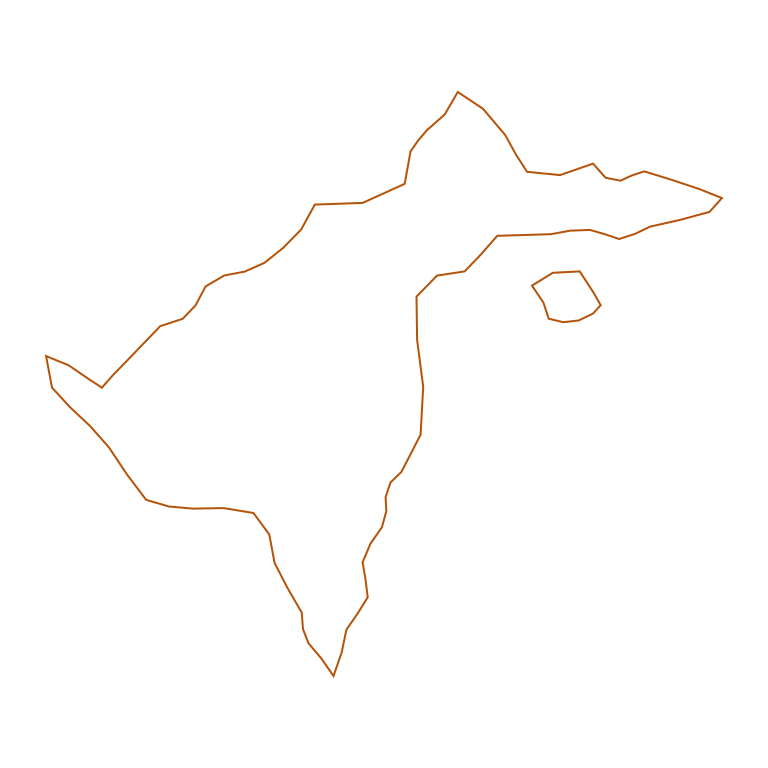 outline of Abşeron
{"feature_id": "AZE-1690", "entity_name": "Abşeron", "entity_type": "District", "adm_level": 1, "iso_a3": "AZE", "parent_name": "Azerbaijan", "parent_adm1": "", "projection": "mercator", "projection_center": [49.385, 40.295], "detail": "fine", "context": "isolated", "style": "outline", "palette": "amber", "viewbox_px": 768, "rotation_deg": 0, "n_neighbors": 0, "source": "natural_earth", "source_scale": "10m", "svg_char_len": 1297}
<svg xmlns="http://www.w3.org/2000/svg" viewBox="0 0 768 768"><path d="M192.7,508.6L168.9,506.5L146.2,499.9L127.3,474.9L108.8,447.2L90.1,426.1L69.8,407.0L52.0,387.6L46.1,356.1L68.5,365.2L89.4,379.5L101.9,387.7L113.5,374.5L127.8,359.9L141.9,345.2L160.3,326.1L182.7,318.8L195.6,305.3L205.6,286.4L224.2,275.5L244.7,271.6L264.5,262.8L283.1,247.9L301.1,229.6L314.8,204.6L362.6,202.9L404.7,183.8L407.6,167.8L410.5,151.5L418.0,140.7L426.7,130.4L444.7,114.5L457.8,92.0L483.0,108.8L505.2,135.0L515.7,154.1L527.0,171.8L560.0,175.1L593.1,163.6L605.5,177.7L620.5,180.7L632.2,175.3L644.3,171.4L671.6,179.8L699.2,189.0L721.9,198.1L709.5,211.9L680.0,219.9L650.2,226.6L634.7,234.0L619.1,239.0L604.8,234.2L589.9,229.9L570.0,230.7L550.6,234.2L497.3,235.8L480.4,255.0L464.6,271.4L437.0,275.6L416.5,296.6L417.1,339.8L423.2,386.9L420.6,434.6L401.5,471.8L390.5,482.5L385.6,497.0L386.3,511.3L381.9,527.3L370.5,543.6L362.6,562.2L365.6,580.1L367.7,597.3L357.5,613.7L346.4,629.7L341.6,652.7L333.5,676.0L321.6,658.8L308.5,643.3L303.0,629.2L301.7,612.5L287.6,588.2L274.6,563.0L269.3,534.5L253.5,513.0L223.6,508.1L192.7,508.6ZM563.2,322.2L548.7,318.7L543.5,302.8L533.8,288.3L532.0,285.6L552.8,272.8L579.7,271.4L593.6,292.7L600.7,305.2L593.0,313.6L578.6,320.5L563.2,322.2Z" fill="none" stroke="#b45309" stroke-width="2"/></svg>